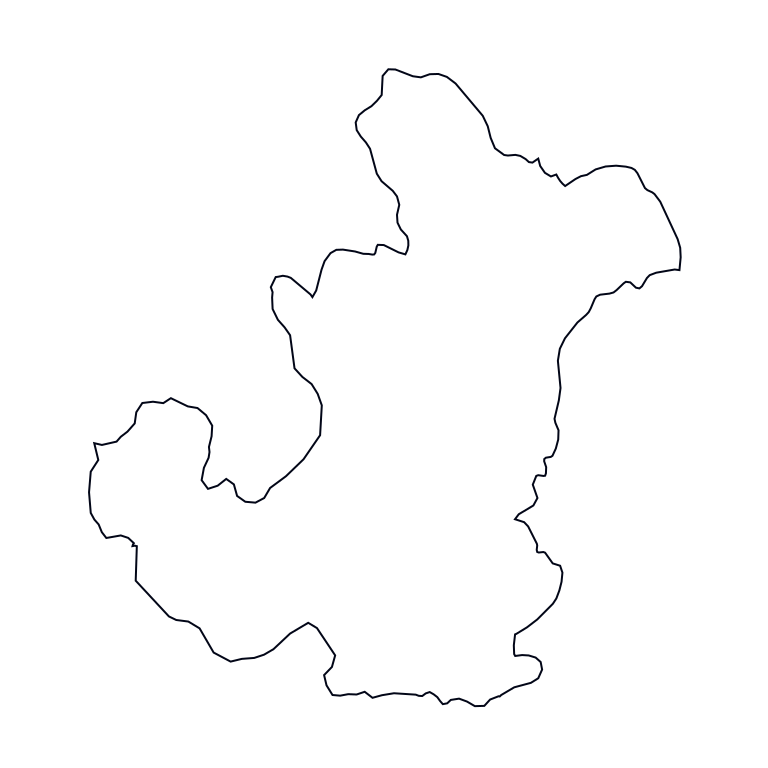 outline of Champasak, rotated 185°
{"feature_id": "LAO-3280", "entity_name": "Champasak", "entity_type": "Province", "adm_level": 1, "iso_a3": "LAO", "parent_name": "Laos", "parent_adm1": "", "projection": "natural_earth1", "projection_center": [105.911, 14.688], "detail": "fine", "context": "isolated", "style": "outline", "palette": "ink", "viewbox_px": 768, "rotation_deg": 185, "n_neighbors": 0, "source": "natural_earth", "source_scale": "10m", "svg_char_len": 3477}
<svg xmlns="http://www.w3.org/2000/svg" viewBox="0 0 768 768"><g transform="rotate(185 384 384)"><path d="M216.2,126.2L209.1,124.7L203.7,120.7L201.6,113.3L204.7,104.3L211.6,99.1L227.8,93.2L240.1,84.4L241.5,82.8L242.7,82.9L250.8,78.9L256.0,72.1L265.4,71.0L273.7,74.9L281.8,77.1L289.9,75.1L293.2,71.4L297.5,70.2L300.5,73.1L303.6,76.7L307.5,79.2L311.6,81.1L315.5,79.4L318.7,76.5L322.2,76.4L325.3,77.3L347.1,76.8L358.9,73.8L368.1,70.4L376.4,75.7L384.2,72.3L392.6,71.9L400.5,69.7L408.2,69.7L415.0,78.8L418.3,88.8L411.2,97.6L409.0,109.4L429.5,135.0L438.7,139.5L455.8,127.2L471.0,110.2L479.9,103.9L489.4,99.8L501.6,97.8L512.6,94.1L530.3,101.6L546.4,124.5L558.2,130.3L570.4,130.8L578.0,133.7L614.2,166.4L616.1,200.9L618.1,201.2L620.4,200.6L620.1,202.2L619.3,203.6L625.4,208.4L633.0,210.2L647.2,206.4L652.2,211.8L656.0,219.2L660.7,223.7L664.9,230.0L668.4,250.4L668.5,271.1L662.0,283.4L667.5,299.8L659.7,298.7L645.4,303.3L641.6,308.5L635.4,314.2L628.9,323.0L628.3,334.3L623.1,344.0L612.6,346.2L602.2,345.7L595.1,351.3L577.5,344.6L567.7,343.8L558.5,337.4L551.5,327.5L551.2,316.9L552.9,306.0L551.9,301.0L552.3,295.2L556.1,284.8L557.3,272.3L550.2,264.2L540.8,268.2L532.9,275.7L524.8,270.9L520.6,259.7L511.9,254.6L501.7,254.6L493.4,260.0L488.4,270.5L473.6,283.6L457.6,302.0L443.2,327.4L444.1,357.3L449.2,368.4L456.1,377.6L465.9,383.9L474.5,391.8L481.8,424.4L488.0,431.8L495.3,438.7L501.5,449.0L503.0,460.4L503.0,465.8L505.2,470.6L501.2,481.1L498.9,481.6L494.2,483.0L489.5,482.6L486.1,481.6L465.0,466.8L462.9,464.3L459.7,471.2L456.2,492.4L453.9,501.2L448.7,509.7L443.2,513.5L436.6,514.3L424.4,513.5L416.0,511.9L410.6,512.2L406.9,511.9L405.1,512.2L404.1,513.8L403.2,520.2L402.3,522.1L396.3,522.4L381.0,516.4L374.0,515.0L372.4,519.5L371.8,524.2L372.3,528.8L374.0,533.2L380.7,539.4L384.6,545.9L385.8,553.7L384.4,563.8L387.4,572.0L392.1,577.2L404.1,585.8L409.5,592.9L418.4,617.1L423.1,623.1L428.7,628.5L433.3,634.5L435.0,642.1L432.4,649.7L427.0,655.0L420.7,659.7L415.7,665.5L411.5,671.7L412.2,690.8L407.1,697.9L400.1,698.3L382.1,693.1L374.0,692.7L365.4,696.6L356.8,697.6L348.1,695.4L346.7,694.5L338.9,689.6L309.0,659.8L303.1,649.8L299.2,638.5L294.0,628.5L284.3,622.6L280.5,622.4L273.1,623.7L268.1,623.1L262.5,620.4L259.0,617.7L255.4,617.5L250.0,622.0L247.4,614.8L242.1,608.4L235.8,605.3L230.6,607.7L228.5,604.5L226.2,601.6L223.6,599.1L220.8,597.0L211.1,604.9L205.9,608.2L200.1,610.0L191.9,616.2L182.2,620.0L171.8,621.7L162.0,621.6L156.3,620.8L152.8,619.2L149.9,616.1L141.1,601.9L138.5,600.1L133.5,598.3L131.1,596.8L124.7,589.7L104.1,553.9L100.8,545.5L99.5,536.1L99.6,523.2L104.4,523.4L122.5,518.6L128.8,515.6L131.3,512.5L135.5,503.9L137.9,501.5L141.4,501.9L147.5,506.7L152.0,506.9L154.0,505.2L160.5,497.8L163.3,495.2L167.3,493.7L176.5,491.8L180.1,489.7L181.6,486.8L184.6,477.5L186.3,473.5L188.6,470.5L196.7,462.1L207.7,445.3L211.9,434.4L212.8,422.3L207.8,395.4L208.4,382.9L211.1,364.2L209.9,360.3L206.1,353.1L205.6,343.9L207.2,334.7L209.9,327.2L211.5,325.9L216.3,324.7L217.8,323.2L217.7,321.0L215.2,315.3L214.9,309.1L215.5,306.7L217.0,306.3L222.4,306.6L224.3,305.7L227.0,296.7L221.2,283.8L224.6,276.0L238.4,266.0L241.7,260.7L232.5,258.6L232.4,258.6L228.0,254.7L217.8,238.2L217.3,236.5L217.4,232.0L216.7,230.0L215.1,229.6L210.6,230.5L208.8,230.0L200.3,220.0L192.7,218.3L189.8,211.6L189.9,202.4L191.3,193.7L193.6,185.4L196.6,179.8L210.8,162.8L220.4,154.0L230.4,146.6L231.6,146.0L231.9,135.0L230.8,126.3L229.6,124.5L222.8,126.0L216.2,126.2Z" fill="none" stroke="#020617" stroke-width="2"/></g></svg>